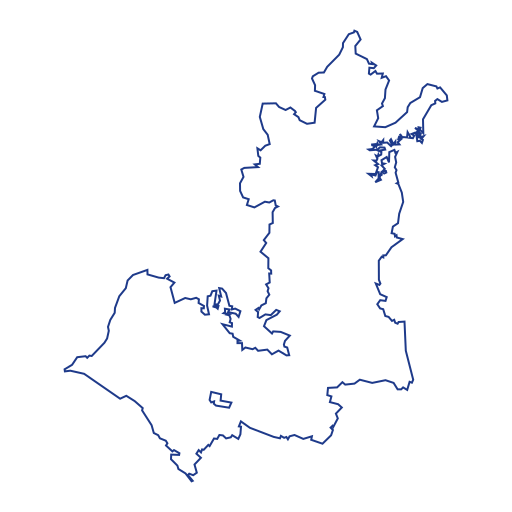 outline of Boyolali, Jawa Tengah, Indonesia
{"feature_id": "22746128B51975137382727", "entity_name": "Boyolali", "entity_type": "district", "adm_level": 2, "iso_a3": "IDN", "parent_name": "Indonesia", "parent_adm1": "Jawa Tengah", "projection": "robinson", "projection_center": [110.67, -7.387], "detail": "fine", "context": "isolated", "style": "outline", "palette": "blue", "viewbox_px": 512, "rotation_deg": 0, "n_neighbors": 0, "source": "geoboundaries", "source_scale": "gbopen_adm2", "svg_char_len": 6073}
<svg xmlns="http://www.w3.org/2000/svg" viewBox="0 0 512 512"><path d="M423.3,133.2L423.0,119.3L431.3,105.2L435.3,103.4L435.1,100.9L437.4,99.1L441.9,101.9L447.4,100.4L446.8,95.4L440.1,87.4L437.4,88.5L436.4,86.4L427.4,84.1L422.7,88.1L420.0,97.2L410.3,103.0L407.7,107.2L407.1,112.1L395.5,122.7L385.3,127.2L374.1,126.4L378.2,118.2L376.9,110.3L382.9,106.1L382.0,103.5L384.9,98.2L385.5,89.5L389.1,80.5L386.0,76.2L381.7,77.8L382.8,73.5L377.0,73.7L375.4,71.0L370.6,74.6L368.9,73.6L369.4,67.7L373.8,68.2L376.2,65.5L371.9,62.7L372.3,64.1L369.0,63.7L366.9,59.1L355.7,53.6L355.3,46.0L360.6,39.5L357.2,31.9L354.4,30.7L353.9,32.4L348.8,34.2L343.0,43.1L342.9,47.2L339.2,54.7L327.2,66.8L323.9,72.5L318.6,72.7L312.8,76.3L312.0,78.5L315.1,85.2L314.9,90.8L324.4,94.0L323.5,97.0L324.9,97.1L325.3,99.7L316.1,107.9L314.6,122.7L307.0,123.8L299.7,120.2L298.4,117.1L294.1,114.2L295.8,112.2L295.0,111.0L290.4,107.5L285.6,110.0L279.1,107.0L275.9,103.3L262.7,103.6L259.8,116.9L263.3,129.1L267.7,134.8L269.7,144.1L265.3,145.7L260.6,150.3L257.4,148.3L258.3,155.9L260.3,157.6L259.8,163.8L254.8,164.4L258.0,167.1L244.3,167.9L241.3,169.5L243.5,176.9L240.0,183.3L240.1,190.9L243.1,197.4L248.7,199.2L246.9,205.0L254.4,207.4L264.9,201.7L269.3,202.5L273.3,200.3L274.8,200.5L275.7,205.4L277.9,206.5L275.0,208.0L272.6,212.2L272.8,223.0L269.5,224.5L269.4,232.8L263.8,240.1L266.2,243.0L260.5,251.7L268.4,258.2L268.3,268.2L271.1,270.4L271.2,273.6L269.2,273.5L269.7,282.5L266.1,284.4L268.5,288.2L267.6,291.2L269.3,294.7L266.4,298.3L265.8,303.2L261.4,305.4L259.1,309.4L258.4,308.0L255.6,309.9L258.1,312.1L257.7,317.0L259.5,318.0L265.4,314.4L270.8,315.1L276.2,309.9L279.7,311.3L276.8,314.7L266.4,320.1L264.0,326.2L272.0,333.5L273.2,331.4L280.7,331.9L289.8,335.6L285.0,340.9L283.9,344.5L284.4,346.6L287.2,347.5L289.2,355.2L286.5,355.4L278.5,350.6L271.9,354.3L267.3,349.6L258.1,350.8L255.3,347.8L252.6,349.2L245.4,347.5L242.3,349.9L242.0,343.1L237.5,343.1L237.5,340.9L239.8,340.6L233.2,336.8L232.6,333.7L229.7,333.2L222.5,324.2L231.9,326.6L232.0,323.1L229.7,322.3L230.6,318.9L229.4,315.3L227.7,314.9L229.0,314.4L223.6,313.2L225.1,312.1L224.9,308.7L229.5,309.5L228.1,312.1L235.7,313.7L238.6,316.9L240.4,311.2L235.2,308.6L231.9,309.4L232.2,306.3L229.4,305.8L226.0,293.0L222.1,288.6L219.2,288.1L221.2,296.5L218.8,295.7L220.0,300.6L217.8,304.5L214.5,304.3L216.5,290.6L212.3,291.2L210.5,295.7L207.7,296.3L207.1,305.6L209.0,314.3L204.9,314.7L201.4,311.6L201.4,308.2L203.8,308.3L204.0,306.0L198.6,303.0L198.9,299.3L196.2,297.8L190.8,299.3L185.2,298.0L174.7,302.9L170.5,287.2L174.4,282.6L167.1,278.7L169.6,276.4L168.4,274.5L165.6,275.2L164.0,278.2L158.7,277.6L147.5,274.4L147.4,269.9L133.0,275.0L127.6,280.5L125.8,288.2L119.3,296.2L115.0,307.9L114.7,312.8L110.3,319.9L108.0,326.9L108.8,330.8L107.1,338.5L104.4,342.8L91.7,356.0L89.4,355.6L87.2,357.8L85.6,356.2L77.2,357.2L72.1,364.8L64.6,369.3L64.9,371.4L70.3,370.7L84.1,373.8L120.1,398.7L126.3,395.8L134.7,401.1L142.7,408.1L142.1,410.4L151.6,425.2L153.8,433.0L158.2,435.2L159.9,438.3L165.8,440.7L167.4,443.3L166.0,445.5L172.4,451.4L174.0,450.1L179.4,453.2L179.1,454.9L171.2,454.6L171.0,459.2L177.4,465.6L178.4,469.0L185.5,473.4L191.6,481.3L192.7,480.8L187.9,475.0L189.2,473.7L193.2,475.2L196.8,472.7L194.5,464.5L200.9,457.8L196.4,453.7L198.7,450.1L201.0,452.4L202.1,449.4L203.7,449.8L208.3,444.9L209.6,446.1L214.0,438.5L217.2,438.9L219.4,435.0L222.9,435.4L226.1,438.4L230.8,437.3L232.2,435.2L238.3,438.9L240.4,434.3L241.0,426.7L238.9,426.4L240.9,421.4L249.9,427.8L273.7,436.9L280.0,438.3L280.9,435.9L284.1,437.8L286.4,437.0L287.9,439.3L289.6,436.3L294.5,435.0L303.3,438.9L311.9,436.3L311.2,439.8L322.5,443.7L331.1,435.3L332.9,430.0L330.6,427.6L332.5,425.8L333.2,427.1L337.8,418.4L335.9,413.6L341.8,407.5L338.1,404.2L329.9,402.1L331.4,396.4L327.3,395.1L328.0,387.9L337.1,387.4L342.4,382.2L345.2,384.6L354.5,383.6L359.8,379.7L372.2,382.9L385.5,380.2L393.6,382.9L397.6,389.3L401.2,389.3L403.1,387.4L407.2,389.9L409.6,381.8L411.9,382.7L413.2,379.7L405.8,350.7L404.5,321.6L398.6,322.0L397.6,323.7L395.2,322.7L394.2,319.8L392.0,320.9L388.6,316.9L385.3,316.0L383.2,309.2L380.1,308.4L377.3,304.2L380.2,300.2L385.5,300.9L386.7,297.1L380.2,294.2L375.8,283.5L379.4,284.9L380.4,283.6L378.9,279.8L378.8,260.7L381.7,256.7L383.3,257.4L383.3,255.4L385.9,255.3L391.5,247.2L402.7,239.1L396.8,237.5L396.5,235.3L395.0,236.3L394.6,233.8L391.6,233.2L392.9,226.6L398.0,223.2L399.2,213.7L403.2,201.9L401.8,192.6L398.4,184.0L396.8,183.3L398.3,182.5L395.6,172.7L396.5,170.1L394.8,167.3L396.2,162.4L395.1,156.9L397.4,151.8L395.4,152.8L394.4,149.9L389.3,152.1L389.0,162.4L386.7,157.0L381.5,160.2L382.0,163.2L384.5,163.7L381.5,165.3L384.8,168.9L382.8,171.0L385.9,171.0L386.3,172.5L384.2,173.5L381.5,172.1L380.8,174.1L382.3,175.3L380.4,174.8L379.6,177.8L380.9,179.8L375.3,182.2L378.6,178.5L378.7,172.2L377.0,171.9L375.5,175.5L371.1,174.4L371.6,176.2L368.5,173.8L375.6,174.0L378.0,167.2L375.2,165.2L378.1,164.1L373.7,160.5L376.5,160.6L377.4,158.8L376.0,155.6L377.7,156.5L378.4,154.4L379.0,155.8L381.2,154.6L381.4,152.0L378.4,150.7L385.2,149.6L384.5,147.6L380.0,147.3L377.1,149.7L369.8,150.3L368.6,149.5L372.5,149.0L375.1,146.4L372.2,145.3L372.1,144.5L375.5,144.1L376.4,146.3L377.4,143.2L378.2,144.9L381.3,144.5L379.1,141.2L381.5,142.2L383.2,140.1L383.1,142.8L387.2,142.5L391.1,146.2L392.1,145.1L389.9,140.5L391.0,139.2L393.4,144.2L395.3,141.6L395.2,144.6L399.4,144.4L397.7,142.2L401.0,139.3L398.3,139.2L399.0,136.9L400.9,137.7L400.0,134.0L402.1,137.0L407.0,137.4L407.6,132.2L410.2,136.7L409.4,137.8L412.9,138.2L414.2,135.6L411.6,134.0L414.6,132.8L416.4,134.5L417.3,141.2L419.9,140.8L421.9,142.9L422.9,139.9L421.4,138.9L423.6,136.2L420.8,137.2L420.9,139.2L420.0,137.0L418.4,137.3L419.3,136.3L417.3,136.7L417.3,134.6L418.8,135.5L420.7,133.7L419.4,132.4L417.9,133.4L416.6,132.1L418.6,130.9L415.0,127.9L418.9,129.5L418.6,127.3L420.5,127.7L419.8,129.5L423.3,133.2ZM209.6,399.9L211.2,391.9L221.2,394.3L220.6,400.6L231.4,402.6L229.1,407.7L216.0,405.6L213.8,403.7L214.1,401.4L211.2,402.4L209.6,399.9ZM217.7,308.7L216.4,307.5L212.6,306.4L218.4,306.1L217.7,308.7Z" fill="none" stroke="#1e3a8a" stroke-width="2"/></svg>